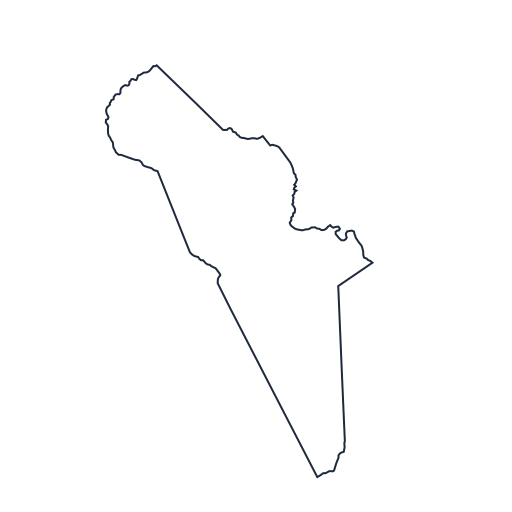 São Félix de Balsas, Maranhão, Brazil (Natural Earth projection), rotated 321°
{"feature_id": "56859067B7509137190866", "entity_name": "São Félix de Balsas", "entity_type": "district", "adm_level": 2, "iso_a3": "BRA", "parent_name": "Brazil", "parent_adm1": "Maranhão", "projection": "natural_earth1", "projection_center": [-44.839, -7.108], "detail": "fine", "context": "isolated", "style": "outline", "palette": "slate", "viewbox_px": 512, "rotation_deg": 321, "n_neighbors": 0, "source": "geoboundaries", "source_scale": "gbopen_adm2", "svg_char_len": 2885}
<svg xmlns="http://www.w3.org/2000/svg" viewBox="0 0 512 512"><g transform="rotate(321 256 256)"><path d="M342.0,184.9L340.9,182.8L338.7,179.9L336.6,179.0L336.7,167.1L334.7,166.8L332.9,166.5L330.4,165.5L329.0,163.6L327.2,162.1L323.3,160.0L320.7,156.5L319.3,155.2L318.3,153.4L318.3,151.6L317.6,149.4L318.0,147.3L316.4,145.1L317.0,141.9L316.4,140.3L315.1,139.6L312.8,139.7L311.3,138.6L309.7,137.2L305.6,101.1L298.8,45.3L296.9,45.0L295.8,43.8L294.1,44.2L292.2,44.6L290.3,45.0L288.3,45.0L286.8,44.6L285.4,43.7L284.1,42.8L282.1,42.6L279.8,42.3L278.0,41.5L276.4,42.5L275.2,43.3L273.6,43.9L272.5,42.6L271.8,41.1L270.6,40.2L268.9,40.8L266.9,41.1L266.1,42.5L264.4,43.2L263.0,42.5L262.0,40.9L259.7,40.5L257.6,40.6L256.3,40.9L254.6,42.3L253.2,44.0L251.6,44.3L250.2,43.0L248.5,42.2L245.7,42.8L243.9,44.6L241.9,43.9L240.3,44.6L238.6,45.2L237.8,46.5L235.9,46.7L234.0,46.7L232.5,47.5L231.1,48.5L230.1,50.3L229.4,51.8L229.1,53.7L228.7,55.3L227.1,56.3L225.2,55.8L223.3,57.6L223.2,60.6L222.7,62.2L220.2,64.9L218.1,67.8L217.3,69.8L217.1,72.4L216.4,74.7L216.3,77.4L215.1,79.4L213.5,81.9L213.0,85.0L212.4,87.3L212.7,89.1L212.9,90.8L214.9,92.6L219.5,100.3L222.4,104.9L225.4,108.2L226.0,110.9L225.4,114.2L225.9,115.9L228.2,119.4L229.3,120.8L230.1,122.2L230.8,125.2L232.9,128.1L212.9,192.4L208.5,206.7L207.0,211.5L207.2,214.4L208.1,217.3L210.4,220.4L210.2,222.5L210.6,224.7L212.2,225.9L212.3,227.7L212.4,230.2L213.1,232.2L214.5,233.8L214.9,235.9L216.9,240.2L216.8,243.5L216.7,246.7L216.1,248.5L213.5,249.1L211.8,250.0L209.1,253.0L203.2,279.6L196.9,309.9L190.5,340.8L183.0,376.9L164.5,466.4L168.1,466.9L171.5,467.1L173.5,468.6L177.4,469.3L178.9,470.4L180.2,471.7L181.7,471.8L188.4,467.3L193.2,464.7L194.5,463.0L196.5,462.3L198.4,462.4L201.0,463.4L204.6,460.3L206.8,457.1L208.6,455.7L247.9,402.6L291.5,343.9L301.0,331.1L342.3,334.5L341.7,331.7L340.5,329.5L340.4,327.8L339.0,325.2L340.0,322.7L341.6,320.7L342.4,319.5L343.7,316.5L344.5,314.5L344.5,310.6L345.0,304.7L345.8,302.8L346.2,301.2L347.5,298.7L346.4,296.5L342.4,294.3L340.0,295.1L339.0,296.5L338.1,298.8L336.4,299.4L334.2,299.2L332.3,297.5L331.8,294.6L331.7,289.2L333.0,287.4L335.0,287.4L336.5,288.3L338.3,287.7L338.5,285.1L336.9,283.9L333.8,282.5L333.1,280.3L333.1,278.7L330.0,278.5L328.1,279.0L325.8,278.7L324.3,278.0L323.2,277.0L322.3,274.7L320.7,273.0L319.9,270.8L317.1,268.8L314.2,268.4L312.8,267.7L311.5,266.6L309.6,265.9L307.9,265.0L304.6,261.1L303.4,259.0L302.4,255.0L302.5,253.1L303.1,251.4L305.9,250.5L307.7,248.2L309.9,248.2L311.8,246.2L313.5,246.6L314.7,245.3L316.0,244.1L316.5,241.3L316.8,238.5L318.5,238.1L319.7,236.0L321.9,234.4L322.6,232.1L324.8,231.8L326.4,230.5L328.5,230.6L327.3,228.0L328.8,227.0L330.8,227.0L330.5,224.7L332.3,224.4L333.9,223.5L335.9,222.5L336.6,219.6L337.8,217.7L337.5,215.5L338.4,213.8L339.9,210.8L341.0,207.1L341.5,204.9L342.3,188.1L342.4,186.5L342.0,184.9Z" fill="none" stroke="#1e293b" stroke-width="2"/></g></svg>